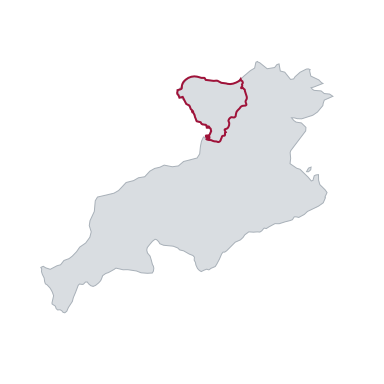 Kangwŏn-do on a map of North Korea (Mercator projection), rotated 192°
{"feature_id": "PRK-3308", "entity_name": "Kangwŏn-do", "entity_type": "Province", "adm_level": 1, "iso_a3": "PRK", "parent_name": "North Korea", "parent_adm1": "", "projection": "mercator", "projection_center": [127.289, 38.794], "detail": "fine", "context": "in_parent", "style": "outline", "palette": "rose", "viewbox_px": 384, "rotation_deg": 192, "n_neighbors": 0, "source": "natural_earth", "source_scale": "10m", "svg_char_len": 6250}
<svg xmlns="http://www.w3.org/2000/svg" viewBox="0 0 384 384"><g transform="rotate(192 192 192)"><path d="M227.7,288.6L226.3,289.5L223.8,294.0L221.4,299.6L219.1,302.7L216.5,304.4L213.7,305.4L208.2,305.8L203.1,305.5L201.5,304.8L194.6,305.2L192.6,305.6L182.7,305.2L177.5,305.6L174.2,306.7L170.8,309.0L167.9,312.5L165.3,316.2L160.1,322.9L156.5,326.2L156.5,330.9L156.4,332.3L155.1,333.3L154.7,332.9L152.6,332.5L144.1,328.2L137.1,330.9L135.4,334.3L133.5,335.4L130.8,328.7L126.2,328.5L119.0,322.6L116.0,323.8L115.2,326.1L111.2,331.6L105.7,336.0L103.9,336.6L101.9,336.3L102.2,335.1L99.9,330.1L91.2,328.0L88.1,325.9L86.5,325.4L95.0,319.8L97.2,318.8L95.6,317.5L93.7,316.8L86.7,317.7L83.1,315.8L77.8,316.4L74.1,314.9L81.7,309.4L82.1,306.1L82.0,303.7L85.9,296.3L89.8,292.2L99.9,286.4L104.3,285.6L107.5,285.8L110.1,285.3L107.3,283.1L104.7,282.0L99.4,282.3L94.0,278.9L93.5,275.4L104.0,253.0L104.2,250.9L102.5,245.5L102.0,240.1L94.5,237.0L91.1,236.7L81.4,230.6L77.6,227.6L76.1,228.5L75.8,233.3L74.4,234.4L71.9,235.3L70.6,229.8L68.5,225.8L62.1,221.7L59.8,219.5L60.9,214.6L60.3,214.2L61.4,208.7L65.3,204.5L75.0,197.0L77.4,193.5L82.3,189.3L84.5,189.4L86.8,189.0L87.5,187.2L88.0,185.8L90.0,184.5L94.7,182.2L100.1,179.1L104.3,178.3L109.6,173.8L111.7,171.7L113.9,171.7L114.5,170.8L115.7,168.5L117.3,166.9L119.7,166.6L123.5,165.5L128.2,164.8L131.5,161.0L132.6,158.2L134.7,155.2L139.3,151.9L142.4,147.1L145.9,141.7L147.5,140.0L149.1,139.7L150.1,137.7L151.2,132.1L152.8,126.5L153.8,123.9L157.8,121.1L158.8,119.7L159.7,119.3L161.5,119.6L164.0,118.0L166.4,116.1L168.5,116.8L170.7,118.3L173.0,121.4L174.0,123.8L175.7,125.8L176.1,128.8L177.9,130.1L181.7,130.7L187.9,132.7L192.0,132.8L194.3,134.3L199.1,135.1L208.7,134.0L212.7,134.7L214.3,136.5L216.7,138.0L218.3,138.1L220.5,135.5L222.7,131.4L224.2,128.3L224.2,125.8L222.9,123.1L219.7,120.6L217.6,116.8L215.6,112.8L214.4,111.5L213.5,109.5L213.3,106.6L214.0,104.5L218.8,103.2L225.0,102.4L229.9,103.2L238.3,102.7L243.4,101.6L247.1,101.7L250.6,101.7L252.2,100.0L257.0,95.8L259.4,94.4L262.0,91.6L262.4,88.6L262.9,86.3L264.4,83.7L266.9,80.6L269.1,79.1L271.5,79.3L274.1,80.7L275.7,82.2L277.5,81.8L279.0,79.3L280.0,78.8L282.9,78.6L283.9,77.1L285.0,69.8L286.1,64.0L286.3,60.0L288.9,53.3L289.7,49.3L291.3,47.4L293.1,47.5L294.6,48.7L296.5,49.4L299.0,48.7L300.7,49.8L301.9,51.9L305.6,53.4L305.9,54.5L305.8,61.8L307.9,65.2L310.6,68.3L314.3,71.0L316.3,71.7L317.5,73.7L318.7,77.1L321.3,80.4L322.7,82.9L323.0,85.4L324.2,86.8L322.1,88.4L319.3,87.4L314.6,86.9L308.7,91.8L305.4,93.5L303.0,98.4L298.4,101.3L295.8,104.3L292.5,109.6L290.4,114.7L285.4,120.0L282.5,126.5L282.3,132.1L285.5,137.8L285.8,142.7L283.5,152.7L284.8,163.3L283.4,167.4L268.1,174.6L264.1,178.2L258.4,187.6L251.5,191.0L247.3,194.8L241.4,197.1L237.6,203.6L233.4,207.3L228.5,209.6L224.8,212.5L216.5,212.6L210.7,214.7L206.6,220.1L194.1,226.3L192.4,230.9L193.2,238.1L193.3,243.6L192.2,248.2L189.5,246.9L188.0,248.4L186.4,252.5L186.9,257.3L191.1,258.8L194.6,260.8L199.5,261.8L203.2,264.0L210.9,274.0L217.2,278.3L218.9,279.9L222.5,282.1L225.9,285.6L227.7,288.6ZM83.0,239.6L80.7,241.1L80.5,238.4L82.3,236.0L84.2,235.7L83.0,239.6Z" fill="#d9dde1" stroke="#a8b0b8" stroke-width="1"/><path d="M227.3,288.6L225.0,289.8L223.8,290.7L223.6,291.4L223.7,292.3L224.0,294.2L223.8,296.1L223.3,297.7L222.5,299.2L221.5,300.6L219.3,302.9L216.6,304.6L213.8,305.6L210.9,305.9L206.6,305.6L203.8,306.2L203.2,306.0L202.7,305.5L202.2,304.8L201.8,304.5L193.8,305.2L191.3,306.0L190.1,306.1L186.1,304.9L181.0,305.3L179.7,305.2L177.0,305.5L174.2,306.6L171.5,308.3L169.2,310.2L169.0,310.5L168.5,311.1L167.9,312.6L167.5,311.9L167.4,311.6L167.3,311.4L167.1,311.2L166.4,311.1L166.1,310.9L165.8,310.8L165.1,309.8L165.0,309.1L165.2,308.5L165.4,307.9L165.5,307.5L165.4,307.3L165.1,306.8L165.0,306.6L164.9,306.2L164.9,305.9L165.1,305.5L165.3,305.2L165.6,304.4L165.6,304.0L165.4,303.8L165.2,303.8L164.9,303.9L164.7,304.0L164.3,304.4L164.0,304.4L163.7,304.3L163.2,303.9L162.8,303.6L162.5,303.5L162.2,303.4L161.9,303.2L161.6,302.9L161.5,302.6L161.4,302.3L161.3,301.9L158.5,297.0L158.2,296.4L157.9,295.3L157.9,294.5L157.9,294.2L158.0,293.7L158.2,293.1L158.3,292.9L158.4,292.5L158.4,292.1L158.4,291.5L158.2,291.1L158.1,290.8L157.2,289.4L157.0,288.9L157.0,288.4L157.2,288.2L157.4,287.9L157.6,287.7L157.9,287.6L160.4,286.8L160.9,286.5L161.4,286.1L161.7,285.8L162.1,285.3L162.8,283.7L164.2,281.5L164.8,280.4L165.0,280.0L165.1,279.4L165.2,278.3L165.2,276.9L165.1,275.9L165.1,275.4L165.1,275.0L165.3,274.7L165.5,274.4L165.7,274.2L165.9,273.9L166.2,273.8L166.5,273.6L168.7,273.4L168.9,273.4L169.2,273.2L169.5,273.1L169.7,272.9L170.4,272.0L170.8,271.3L171.0,270.5L171.1,270.1L171.2,269.7L171.2,269.4L171.1,269.2L171.0,268.9L170.8,268.5L170.5,268.2L170.1,267.6L169.8,266.7L169.6,264.8L170.1,262.5L171.0,261.3L171.3,261.1L172.7,260.3L172.9,260.1L173.0,259.9L172.9,259.4L172.8,259.1L171.4,257.5L172.0,257.1L172.0,256.7L172.0,256.4L171.7,255.5L171.6,254.6L171.7,254.2L171.9,253.9L173.2,253.5L173.5,253.3L174.0,252.9L174.2,252.6L174.2,252.2L174.3,251.5L174.3,251.1L174.6,250.0L174.8,248.3L175.0,247.8L175.2,247.4L175.5,247.1L175.8,246.8L176.2,246.5L176.5,246.4L176.8,246.3L177.1,246.3L178.6,246.5L180.7,246.2L182.1,246.3L184.2,246.7L186.2,246.4L187.2,246.4L187.5,246.4L187.8,246.4L188.1,246.4L188.7,246.7L188.4,247.1L188.1,247.3L186.2,248.1L186.2,248.5L186.7,248.7L187.7,249.0L188.1,249.3L188.7,248.9L189.3,248.7L189.9,248.9L190.1,249.8L189.9,250.2L188.6,250.5L188.1,250.7L187.9,250.4L187.7,250.1L187.4,250.0L187.1,250.0L186.7,250.1L186.8,250.4L187.0,250.7L187.0,251.1L186.5,252.5L186.2,254.0L185.9,255.6L186.4,256.5L186.8,257.6L187.4,258.1L187.9,258.3L188.8,259.3L189.3,259.6L190.1,259.4L190.3,259.0L190.2,258.4L190.1,258.1L190.9,258.0L191.7,260.1L192.6,260.6L195.7,260.3L196.7,260.6L197.2,261.0L197.6,261.5L198.0,262.0L198.6,262.1L201.4,262.1L202.1,262.2L202.5,262.6L203.5,264.3L204.8,266.2L205.0,266.7L205.3,267.5L205.9,268.4L207.3,269.9L207.5,270.6L207.6,270.8L208.0,270.4L208.3,270.2L208.5,270.4L208.7,270.7L208.8,271.6L209.0,272.0L209.3,272.3L209.8,272.4L210.5,272.9L211.9,275.2L212.7,276.1L215.9,276.9L220.9,283.1L221.5,282.8L223.4,281.8L223.9,281.6L225.2,283.6L225.5,283.9L226.2,284.4L226.6,284.7L227.1,285.7L227.1,285.9L227.2,286.6L227.1,287.6L227.3,288.6L227.3,288.6Z" fill="none" stroke="#9f1239" stroke-width="2"/></g></svg>